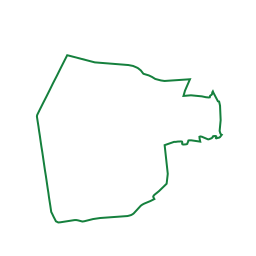 map outline of Al-Muthannia (Natural Earth projection), rotated 76°
{"feature_id": "IRQ-3223", "entity_name": "Al-Muthannia", "entity_type": "Province", "adm_level": 1, "iso_a3": "IRQ", "parent_name": "Iraq", "parent_adm1": "", "projection": "natural_earth1", "projection_center": [45.575, 30.396], "detail": "fine", "context": "isolated", "style": "outline", "palette": "green", "viewbox_px": 256, "rotation_deg": 76, "n_neighbors": 0, "source": "natural_earth", "source_scale": "10m", "svg_char_len": 1892}
<svg xmlns="http://www.w3.org/2000/svg" viewBox="0 0 256 256"><g transform="rotate(76 128 128)"><path d="M202.8,218.5L201.1,220.5L198.5,221.1L196.0,221.7L195.0,221.9L193.4,222.2L190.9,222.8L184.7,222.2L180.2,221.8L175.8,221.4L171.3,220.9L166.8,220.5L160.8,219.9L154.8,219.3L148.8,218.8L142.8,218.2L136.8,217.6L130.8,217.0L124.8,216.5L118.8,215.9L114.1,215.4L109.5,215.0L104.8,214.5L100.2,214.1L94.8,213.6L94.4,213.4L94.0,213.3L93.7,213.1L93.3,212.9L88.8,209.1L83.2,204.3L77.7,199.5L72.1,194.7L66.5,190.0L59.9,184.2L53.2,178.5L46.5,172.7L42.7,169.4L43.4,168.0L56.3,144.3L67.0,112.4L69.0,108.1L71.5,104.8L72.4,103.8L75.3,101.6L78.8,100.1L79.2,99.8L82.0,95.1L84.3,92.3L87.0,89.7L89.8,84.6L91.2,81.2L95.7,56.1L105.6,63.7L110.3,66.4L111.5,59.0L115.2,48.6L117.0,44.9L117.9,42.3L118.0,41.2L116.7,40.6L116.3,39.9L116.1,39.1L115.7,38.5L115.3,38.2L114.3,37.8L113.7,37.5L113.0,36.8L114.4,36.6L123.8,34.3L124.4,33.2L128.6,33.3L142.8,36.2L153.0,39.8L155.5,39.7L156.8,39.3L157.3,38.7L159.1,41.0L159.4,42.0L159.4,42.3L159.3,43.3L159.4,44.3L159.4,44.8L159.2,45.1L158.8,45.2L158.2,44.7L157.9,44.5L157.5,44.4L157.2,44.6L156.9,45.2L156.6,46.7L156.6,47.4L156.8,47.8L157.1,47.9L157.4,48.0L157.7,48.5L158.1,49.3L158.4,51.4L158.5,52.4L158.3,53.2L154.3,58.5L153.7,59.8L153.8,60.8L155.5,61.1L158.7,61.2L155.3,69.5L154.7,71.8L154.8,72.5L155.9,73.0L156.2,73.3L156.8,73.8L157.3,74.1L157.7,74.3L157.9,75.0L157.8,76.2L157.4,78.4L157.0,79.1L156.3,79.3L155.1,78.8L154.3,78.9L153.8,79.9L153.5,81.7L153.2,83.0L153.0,85.1L152.6,86.7L153.5,96.6L182.1,100.5L191.4,104.0L196.8,113.3L199.2,118.5L199.9,119.5L200.6,120.1L201.4,120.1L203.3,119.6L204.3,124.0L205.3,130.6L205.8,132.6L206.5,134.4L212.3,143.2L212.8,144.5L213.2,146.0L213.3,147.8L213.3,149.8L208.6,176.8L207.9,183.9L207.9,193.1L207.7,194.9L205.5,198.9L204.8,200.5L204.4,202.3L203.1,216.7L202.8,218.4L202.8,218.5Z" fill="none" stroke="#15803d" stroke-width="2"/></g></svg>